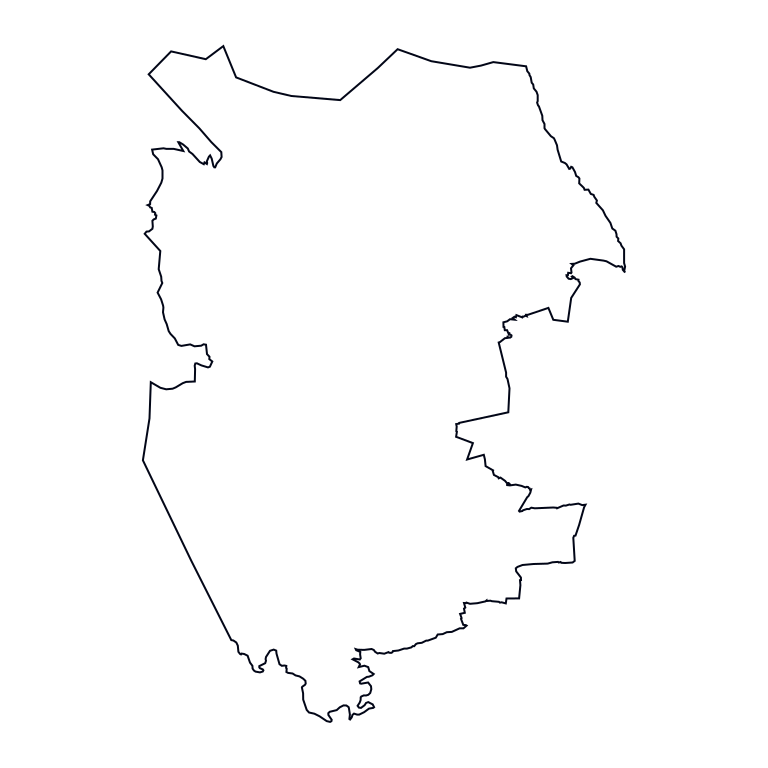 Tlahuapan, Puebla, Mexico (Albers equal-area conic projection)
{"feature_id": "50627088B76497892833902", "entity_name": "Tlahuapan", "entity_type": "district", "adm_level": 2, "iso_a3": "MEX", "parent_name": "Mexico", "parent_adm1": "Puebla", "projection": "albers", "projection_center": [-98.56, 19.351], "detail": "fine", "context": "isolated", "style": "outline", "palette": "ink", "viewbox_px": 768, "rotation_deg": 0, "n_neighbors": 0, "source": "geoboundaries", "source_scale": "gbopen_adm2", "svg_char_len": 6104}
<svg xmlns="http://www.w3.org/2000/svg" viewBox="0 0 768 768"><path d="M191.2,560.6L231.3,640.1L233.4,640.5L236.3,642.5L237.8,645.6L238.4,651.8L240.0,653.9L241.0,654.4L241.6,653.6L244.2,654.0L247.6,655.7L250.0,662.6L252.4,665.8L252.6,668.6L253.9,670.5L255.5,671.6L260.0,672.4L262.8,671.5L263.4,670.3L262.8,669.4L259.9,668.2L259.3,667.4L259.3,666.1L265.2,663.2L266.0,660.7L265.6,659.1L266.0,657.0L270.0,650.8L273.7,649.6L276.2,650.6L276.5,653.6L279.5,664.2L281.8,665.8L284.5,665.5L286.3,665.9L286.1,667.9L286.7,668.7L286.4,672.0L288.1,672.9L292.6,673.5L295.5,675.4L299.5,676.4L303.2,678.7L305.4,680.8L305.7,683.5L305.1,684.7L302.2,686.8L301.9,687.5L303.1,693.3L303.2,699.6L306.7,709.9L309.0,712.5L314.4,713.7L319.6,716.3L326.7,721.1L330.1,721.9L331.4,721.2L331.7,719.8L328.4,715.0L328.3,713.2L329.7,711.8L336.7,710.1L339.8,707.3L343.5,705.4L346.4,705.5L348.6,707.1L348.9,708.1L349.9,714.6L349.4,719.0L350.1,719.5L351.7,717.4L352.5,714.9L354.0,713.6L357.1,714.6L359.2,714.6L364.1,712.2L369.0,708.6L373.2,707.9L374.1,707.2L372.7,704.4L368.2,702.1L366.1,702.9L364.6,705.2L361.0,707.9L358.9,707.6L357.6,705.8L359.7,702.6L360.6,700.1L360.7,697.3L361.3,696.5L363.8,695.4L366.0,695.5L368.3,694.8L370.2,693.0L371.3,689.2L371.0,686.2L368.1,682.5L361.2,683.7L360.1,683.4L359.6,681.4L366.9,676.9L368.9,676.7L372.4,675.3L373.7,674.0L369.4,671.1L368.2,667.1L364.4,665.7L358.7,667.1L360.0,664.4L359.6,663.5L358.3,662.3L352.6,659.3L354.0,658.5L359.8,659.5L360.7,658.3L360.1,654.3L360.3,651.9L356.2,650.2L355.7,649.1L357.6,649.7L364.2,649.9L371.6,649.0L373.8,650.0L375.1,651.8L377.7,653.5L379.3,653.0L384.3,653.7L388.5,652.1L389.1,652.7L391.1,652.9L392.4,652.3L392.9,651.1L398.4,650.5L404.1,648.6L406.9,648.6L411.3,647.4L412.8,646.1L414.2,646.2L415.9,644.1L417.6,643.3L421.8,642.8L426.2,640.6L427.8,640.6L435.8,637.7L437.7,634.5L442.7,634.1L446.8,632.2L451.8,631.9L459.7,628.3L463.5,628.3L466.6,625.6L465.8,625.1L463.3,624.9L461.0,618.8L461.6,618.1L460.1,613.9L464.8,612.8L464.0,608.6L465.3,607.6L464.0,603.0L466.0,603.1L466.4,602.6L470.0,603.8L477.3,603.2L485.4,601.4L486.6,600.4L486.7,601.0L490.4,600.7L491.9,601.2L498.9,601.8L499.9,602.6L501.6,602.3L505.8,603.4L506.5,598.5L519.1,598.4L520.4,585.2L520.0,580.2L521.0,580.1L520.9,577.5L516.2,571.4L515.8,568.3L517.5,566.9L522.5,565.0L533.6,564.0L547.7,563.6L552.4,562.3L558.0,561.9L558.8,562.5L560.6,562.0L561.3,562.8L565.1,563.0L572.6,562.5L574.7,560.9L573.3,537.8L574.1,535.8L575.5,535.6L579.1,525.0L584.1,507.3L585.5,504.7L582.2,505.1L578.4,503.6L570.6,504.8L569.4,504.5L565.9,505.6L563.5,505.5L557.0,508.3L556.7,507.8L553.4,507.5L534.8,508.3L531.3,507.7L529.1,509.1L526.9,509.0L523.0,510.3L522.4,511.0L519.6,511.6L519.0,510.9L527.2,497.2L528.4,496.2L530.3,492.7L531.1,489.5L530.1,489.9L529.6,488.4L528.8,488.2L528.2,487.1L526.8,486.8L525.3,487.4L521.6,485.9L515.8,484.6L509.9,485.4L506.3,485.0L509.8,484.2L508.6,483.0L506.9,483.1L505.1,480.9L500.5,477.6L498.7,478.3L498.3,477.2L493.9,474.9L492.8,471.1L493.1,470.4L485.6,466.1L484.9,459.3L483.8,454.8L467.1,459.5L472.9,443.1L456.1,436.8L456.9,431.7L456.3,431.2L456.7,426.6L456.2,424.1L459.1,423.6L459.2,422.9L460.6,422.6L508.3,412.3L509.5,388.3L507.5,379.0L506.1,376.7L506.1,372.6L498.7,342.5L499.9,342.1L504.9,338.2L507.7,337.9L507.6,337.0L509.9,337.7L511.3,336.8L511.5,335.4L510.3,334.5L508.8,334.7L509.2,333.1L508.7,333.0L508.6,333.5L508.2,332.9L507.1,330.2L504.8,330.2L504.3,327.0L503.5,326.9L503.4,322.3L507.2,321.3L510.0,319.2L514.7,319.7L512.7,318.0L514.5,316.7L515.9,317.2L516.4,315.1L522.3,317.4L522.6,316.6L523.5,316.7L525.4,315.7L526.7,316.2L526.2,314.8L527.9,314.8L548.4,307.9L553.3,319.8L567.8,321.7L571.2,297.9L579.9,284.4L579.7,282.5L578.4,280.9L578.5,279.7L575.5,279.1L574.6,277.6L572.4,276.2L571.9,276.6L573.6,277.8L570.8,279.1L568.6,278.7L566.7,276.5L566.5,275.2L567.9,275.2L568.2,272.8L571.1,273.2L571.5,272.6L571.0,268.3L573.4,265.3L571.7,263.9L574.8,263.7L580.0,261.6L590.4,258.8L603.5,260.6L606.5,261.3L616.2,266.7L618.5,266.0L620.3,266.8L621.6,266.4L622.4,267.2L622.8,269.8L625.1,272.5L624.2,270.9L625.1,266.6L624.1,263.1L624.1,249.3L621.4,245.6L620.6,243.3L618.1,241.0L618.3,238.5L616.6,236.7L616.5,234.2L615.4,230.7L612.3,228.5L610.4,222.9L605.5,215.8L602.9,210.3L596.3,202.9L596.9,200.5L594.3,196.8L593.6,194.9L590.8,193.9L588.4,189.6L584.6,189.8L583.8,187.8L579.2,183.4L579.4,178.5L578.4,177.2L576.2,175.9L575.0,172.0L572.4,167.3L571.2,166.8L570.2,168.6L569.2,168.9L566.6,164.4L564.9,163.0L561.2,161.5L557.6,149.7L557.0,145.3L554.7,139.8L553.9,138.2L550.9,136.2L545.0,129.1L544.5,128.2L544.5,124.0L542.5,120.2L542.3,115.8L538.9,106.3L538.1,105.5L537.1,102.6L537.7,101.1L537.7,95.1L536.5,91.7L533.8,88.4L533.2,84.5L531.7,82.7L530.7,77.1L529.5,75.1L529.3,73.6L527.3,71.2L526.1,66.3L493.3,62.1L481.0,65.6L470.0,67.7L431.3,61.2L397.6,49.2L377.8,68.0L340.2,100.1L291.4,96.0L273.5,91.8L236.1,77.4L223.3,46.1L205.8,59.2L171.1,51.4L148.7,74.3L181.9,110.7L199.4,128.4L211.3,142.1L221.3,152.1L221.6,157.0L220.4,159.3L216.8,163.5L215.2,167.3L214.3,167.3L213.4,166.0L211.7,158.6L210.1,155.4L208.9,156.7L206.8,161.4L207.2,163.0L206.9,164.0L204.5,162.4L203.8,164.2L199.8,162.0L192.5,154.0L189.1,151.5L187.8,148.5L183.1,144.5L179.3,142.2L178.3,142.2L183.3,151.0L173.8,148.9L166.5,148.9L163.5,148.3L152.1,149.6L153.2,154.3L158.0,159.2L161.7,167.3L162.5,170.4L162.5,178.5L161.3,182.7L157.0,191.0L150.2,201.3L150.1,204.1L147.7,205.1L149.4,205.9L150.2,207.4L151.7,207.9L152.4,211.7L154.3,212.0L155.3,213.2L155.0,214.7L156.4,215.4L155.8,218.6L153.7,219.4L152.4,220.8L152.8,226.5L152.4,228.8L149.0,231.4L146.5,231.6L144.7,233.8L160.3,251.0L158.7,269.2L161.2,276.7L161.5,280.9L162.3,283.0L157.6,292.6L161.1,299.3L163.1,305.6L163.4,307.6L163.0,312.3L164.6,319.4L166.7,324.1L168.7,331.1L170.5,333.9L174.8,338.4L178.2,344.9L181.4,345.9L190.2,344.4L194.5,346.3L201.2,345.7L203.6,344.3L206.0,344.7L207.0,354.1L209.5,356.8L209.3,359.1L212.3,361.5L209.9,366.7L208.0,367.4L201.4,365.4L196.9,363.3L195.3,363.5L194.7,365.7L195.1,369.1L194.8,381.5L186.1,381.9L182.7,383.2L175.7,387.4L172.6,388.7L166.2,389.3L160.4,387.8L150.8,382.2L149.5,418.4L142.9,460.3L191.2,560.6Z" fill="none" stroke="#020617" stroke-width="2"/></svg>